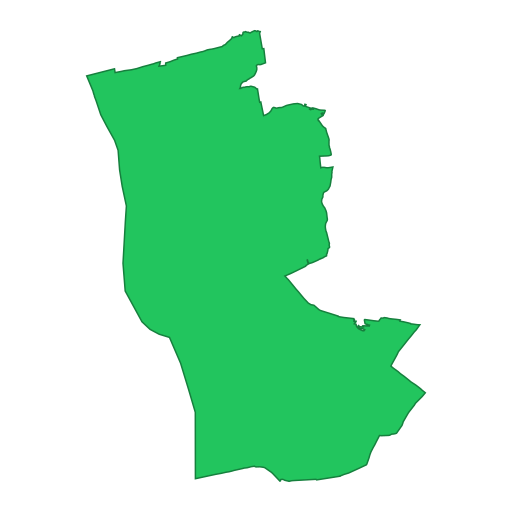 the district of Verguleasa, Olt, Romania
{"feature_id": "2599482B5579924920696", "entity_name": "Verguleasa", "entity_type": "district", "adm_level": 2, "iso_a3": "ROU", "parent_name": "Romania", "parent_adm1": "Olt", "projection": "albers", "projection_center": [24.361, 44.65], "detail": "fine", "context": "isolated", "style": "filled", "palette": "green", "viewbox_px": 512, "rotation_deg": 0, "n_neighbors": 0, "source": "geoboundaries", "source_scale": "gbopen_adm2", "svg_char_len": 5971}
<svg xmlns="http://www.w3.org/2000/svg" viewBox="0 0 512 512"><path d="M366.4,464.8L366.8,464.1L369.0,457.9L369.9,454.7L371.0,451.8L373.2,447.5L374.6,445.1L376.5,441.3L379.5,435.5L381.1,435.7L388.7,435.4L389.8,435.2L391.5,434.2L392.1,434.1L393.6,434.0L395.1,433.7L396.3,433.3L396.6,433.1L402.0,425.4L402.7,423.5L403.2,421.8L408.1,413.3L409.2,411.7L414.3,405.2L415.5,403.2L422.2,396.5L425.3,392.8L421.4,389.6L420.9,389.0L416.0,385.2L411.1,382.0L404.2,376.4L400.3,373.6L398.2,371.7L393.4,368.2L390.9,366.1L391.7,364.4L396.5,355.7L397.6,353.5L398.3,351.9L399.2,350.7L403.2,345.7L408.5,339.0L410.9,336.2L414.2,332.0L416.2,329.9L419.8,324.8L417.3,324.7L412.3,324.0L411.1,324.0L410.6,323.8L410.6,323.5L408.8,323.0L403.6,321.8L399.7,321.1L399.6,320.9L400.2,319.9L396.6,319.4L390.8,318.8L388.8,318.5L387.2,318.0L384.4,317.6L384.1,317.6L383.5,318.0L382.5,318.1L381.1,318.0L380.4,319.0L379.4,320.1L379.1,320.7L378.7,321.2L378.0,321.2L374.2,320.8L364.8,319.5L364.5,319.7L364.4,320.2L365.0,323.4L365.2,323.8L366.9,324.5L367.5,324.4L368.5,325.0L369.5,325.1L369.3,326.0L362.9,325.8L362.6,325.9L362.6,326.1L362.6,326.4L363.0,326.9L361.7,326.9L359.5,326.7L358.6,325.5L358.3,325.7L358.2,325.9L358.5,326.6L358.1,326.8L358.1,327.1L358.4,327.6L359.1,328.1L360.5,328.7L361.6,328.6L362.6,328.7L363.4,329.1L364.8,329.6L364.7,329.9L363.9,330.8L362.4,330.7L359.0,329.0L358.2,328.4L356.9,326.9L356.3,325.8L356.1,324.7L356.1,324.3L354.3,323.8L355.0,322.8L355.6,322.3L356.1,321.5L356.1,321.3L356.0,321.1L355.5,321.3L355.4,321.5L354.9,321.5L354.8,321.3L353.9,321.3L353.9,320.4L354.4,320.4L354.4,319.8L354.0,319.8L354.0,319.2L353.7,319.2L353.7,318.6L343.9,317.5L339.4,316.8L338.2,316.4L338.2,316.1L321.1,310.7L319.8,310.2L318.9,309.6L314.0,305.3L312.8,305.0L311.0,304.7L308.3,303.1L303.8,298.3L298.5,291.9L296.2,289.3L288.2,279.5L287.4,278.8L284.9,276.0L291.8,273.0L305.7,266.2L305.9,265.6L308.3,264.0L307.3,260.8L307.2,260.1L307.3,259.9L307.5,260.0L307.9,261.6L309.0,263.7L309.5,263.4L311.8,262.8L314.2,261.8L318.0,260.1L320.4,258.7L320.5,258.9L323.6,257.5L324.4,256.8L326.5,255.9L326.7,254.8L326.5,254.1L327.1,253.4L327.7,251.0L328.1,248.5L329.4,247.6L329.6,247.0L329.2,245.4L329.2,244.6L329.4,243.6L329.3,243.0L328.7,241.3L328.4,239.9L326.6,232.6L325.9,230.9L325.4,228.0L325.3,226.2L325.6,223.8L326.0,222.7L327.2,220.5L327.4,219.2L327.1,217.4L326.6,212.9L326.0,210.8L324.7,207.8L323.9,206.8L323.0,205.5L322.1,203.6L321.6,201.9L321.6,200.9L321.9,199.0L322.8,197.2L322.9,196.5L322.9,195.1L323.5,192.9L323.7,192.5L324.5,191.9L326.6,190.9L327.8,189.8L328.6,188.8L329.0,187.9L330.0,186.1L330.7,182.4L331.1,179.4L331.7,177.3L331.7,174.1L332.0,172.6L331.9,171.4L332.9,167.0L328.0,167.8L326.1,167.7L324.7,167.4L322.9,167.3L321.9,167.4L320.8,167.8L320.1,161.9L319.8,158.4L319.5,156.2L326.9,155.9L328.8,155.7L330.9,155.1L331.2,154.7L331.2,154.2L330.7,151.6L330.1,149.2L329.4,147.4L329.4,146.5L329.0,145.3L329.0,141.1L329.1,139.9L328.8,138.5L326.6,132.2L326.0,129.7L325.7,129.2L325.8,128.7L325.5,128.3L323.6,127.0L322.5,125.9L321.9,125.1L318.7,120.4L318.4,120.6L317.9,119.5L318.0,118.9L318.8,118.1L323.1,115.5L323.3,114.7L323.9,113.7L323.5,113.4L322.5,113.5L322.8,113.9L321.9,114.6L321.3,113.7L322.2,113.0L322.5,113.4L323.0,113.3L324.1,113.4L324.9,111.6L325.2,110.6L324.9,110.3L320.9,110.1L319.3,109.9L315.9,108.7L313.2,108.0L313.3,109.2L312.1,109.2L312.1,108.1L310.7,108.2L310.6,108.4L311.1,108.6L310.7,109.7L309.6,109.3L310.1,108.2L310.5,108.4L310.5,108.1L305.0,106.2L305.2,105.6L305.6,105.8L306.0,104.6L304.9,104.3L304.6,105.5L305.0,105.6L304.9,106.2L303.9,106.1L303.0,105.8L301.9,104.8L301.5,104.5L297.6,103.5L293.3,103.9L287.9,105.1L286.4,105.5L282.8,107.1L281.7,107.5L279.1,107.6L276.5,108.2L275.9,108.1L274.8,107.6L273.5,107.4L273.0,107.7L272.1,108.6L271.0,110.8L269.1,112.9L266.3,114.6L263.6,115.6L260.8,102.0L259.7,102.3L259.2,99.8L257.5,89.1L257.2,89.3L254.7,87.2L250.9,86.2L249.6,86.5L249.2,86.8L247.3,86.7L245.8,86.9L244.4,87.3L243.1,87.3L242.0,87.7L240.8,88.4L239.8,88.5L240.4,87.4L240.7,84.9L241.2,83.9L242.7,82.1L244.2,81.5L246.1,81.1L247.6,79.6L249.0,79.0L249.3,78.6L249.8,78.3L251.3,77.5L253.6,76.0L254.5,75.0L255.4,73.3L256.2,71.5L256.6,70.3L256.8,69.5L256.8,67.8L256.4,66.1L256.4,65.7L256.7,65.3L257.0,65.0L257.8,64.6L258.9,64.5L259.8,64.7L261.0,64.5L265.5,62.8L263.8,48.6L262.3,48.8L262.2,48.4L259.6,33.4L260.2,31.6L259.3,31.5L257.8,30.8L257.6,30.9L257.3,31.4L256.9,31.6L256.2,31.2L255.9,30.9L254.5,30.7L251.5,32.1L250.3,32.9L249.9,32.9L249.2,32.8L248.7,32.3L246.8,32.2L245.6,31.6L244.6,32.0L243.5,32.1L243.2,32.3L243.0,32.7L242.8,34.3L242.1,34.9L241.5,35.8L241.0,35.7L239.6,34.7L239.4,34.8L239.3,35.8L239.2,35.9L238.7,35.9L238.0,36.3L237.6,36.2L235.7,36.7L235.0,36.9L234.0,37.6L233.6,37.6L233.0,37.1L232.5,36.8L232.2,36.9L232.1,37.1L231.8,38.4L229.8,40.3L227.4,42.3L225.3,44.6L223.4,45.4L222.3,46.5L214.2,48.6L211.9,49.1L210.7,49.3L210.2,49.3L207.2,49.9L204.8,50.9L202.7,51.6L200.6,52.0L196.3,53.2L191.4,54.2L187.2,55.4L177.4,57.7L177.5,59.1L176.8,59.2L173.8,60.2L170.1,61.7L165.7,63.0L165.7,65.3L159.0,66.2L160.0,63.8L159.7,63.6L159.9,62.9L160.0,62.2L160.4,61.9L160.4,61.7L155.6,63.0L153.6,63.8L151.9,64.2L148.1,65.3L142.7,66.7L136.8,68.6L131.3,69.8L124.4,70.7L121.4,71.4L115.1,72.6L114.5,68.8L86.7,75.9L92.9,90.8L93.8,94.1L94.3,95.3L94.5,96.5L96.1,100.7L100.8,114.8L106.7,126.1L114.6,140.3L118.1,150.3L119.6,169.9L122.2,186.3L126.4,206.0L125.4,220.9L123.0,263.3L125.2,291.0L142.0,321.8L150.1,329.4L159.1,334.2L169.5,337.4L180.6,363.2L188.7,389.8L195.3,412.3L195.4,478.7L215.8,474.3L220.9,473.4L226.2,472.2L228.9,471.8L232.1,471.0L234.1,470.4L242.7,468.5L244.0,468.1L247.4,467.7L251.1,466.7L254.5,466.2L255.0,466.6L256.0,466.9L259.9,466.8L263.5,467.3L264.8,467.7L271.4,472.3L272.6,473.4L279.9,481.1L280.4,480.9L280.5,480.3L280.6,479.8L280.8,479.5L282.5,479.3L283.5,479.6L284.8,480.3L289.1,481.3L291.7,480.7L294.4,480.5L316.0,479.3L316.6,479.9L340.1,476.2L340.1,475.9L340.6,475.8L344.1,474.4L348.7,473.0L358.3,468.6L366.4,464.8Z" fill="#22c55e" stroke="#15803d" stroke-width="1.5"/></svg>